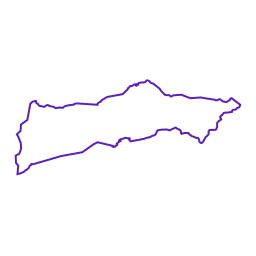 the district of Orica, Francisco Morazán, Honduras, rotated 91°
{"feature_id": "27666195B54094389197091", "entity_name": "Orica", "entity_type": "district", "adm_level": 2, "iso_a3": "HND", "parent_name": "Honduras", "parent_adm1": "Francisco Morazán", "projection": "equal_earth", "projection_center": [-86.954, 14.819], "detail": "fine", "context": "isolated", "style": "outline", "palette": "violet", "viewbox_px": 256, "rotation_deg": 91, "n_neighbors": 0, "source": "geoboundaries", "source_scale": "gbopen_adm2", "svg_char_len": 5692}
<svg xmlns="http://www.w3.org/2000/svg" viewBox="0 0 256 256"><g transform="rotate(91 128 128)"><path d="M176.0,237.7L175.9,237.3L175.4,235.5L175.3,234.9L175.2,234.6L174.6,233.4L173.6,231.3L172.8,230.5L172.0,229.7L171.8,229.4L171.5,228.6L171.4,228.4L171.1,228.0L169.9,226.8L167.4,225.4L167.2,225.2L166.9,224.6L166.5,224.2L166.3,224.1L165.7,224.0L165.6,223.9L165.6,223.7L165.7,223.3L165.9,222.7L165.8,222.0L157.3,194.7L153.0,173.2L144.8,162.0L142.8,158.1L145.9,143.9L146.1,143.3L146.2,142.8L146.4,142.3L146.6,142.1L146.7,142.3L146.9,142.5L147.0,142.6L147.2,142.0L147.2,141.3L147.0,140.8L145.9,139.9L145.6,139.2L145.4,138.7L145.2,138.5L144.9,138.4L144.2,138.9L143.9,138.9L143.7,138.7L143.2,138.2L142.7,137.5L142.5,137.1L142.3,137.0L141.8,137.0L141.6,136.8L141.5,136.6L141.2,135.5L141.2,135.4L141.0,135.5L140.9,135.8L140.9,136.2L140.8,136.6L140.7,136.7L139.6,135.7L139.4,135.4L139.3,135.0L139.4,134.5L139.3,134.1L139.0,133.3L138.6,132.6L138.1,131.2L137.9,130.4L137.9,130.0L137.9,129.6L138.3,128.4L138.4,127.8L138.5,127.6L138.7,127.3L138.6,127.1L138.3,126.8L138.2,126.6L138.2,126.4L138.4,126.1L138.7,126.0L138.9,126.0L139.6,126.4L139.8,126.4L140.0,126.4L140.2,126.2L141.1,125.5L141.2,125.3L141.3,124.9L140.0,119.1L140.0,118.6L139.8,117.7L139.6,116.5L139.1,114.8L138.8,112.9L138.5,111.9L138.2,110.9L137.4,108.9L137.1,107.3L136.6,105.5L136.2,105.0L135.8,104.4L135.3,103.2L135.2,102.5L134.8,101.9L134.4,100.8L133.9,100.4L133.1,99.9L131.9,99.4L130.2,98.6L130.0,98.4L129.8,98.1L129.6,97.7L129.5,97.2L129.5,96.4L129.3,95.6L129.0,93.7L129.0,92.0L128.9,90.2L128.8,89.3L128.9,88.7L129.2,87.6L129.7,86.5L129.7,86.4L129.4,85.7L128.8,84.7L127.3,81.7L126.8,80.8L126.7,80.6L126.8,80.2L127.8,78.9L128.4,77.5L128.7,76.6L128.9,76.3L129.5,75.6L129.9,75.3L130.3,75.1L131.0,75.0L131.6,75.0L131.9,74.9L132.6,74.6L132.8,74.3L132.9,74.2L132.3,72.6L132.1,71.7L131.9,71.3L132.0,69.9L131.9,67.9L132.0,67.7L132.1,67.4L132.5,67.0L133.0,66.8L133.3,66.5L133.8,65.9L134.0,65.3L134.2,65.0L134.9,64.4L135.0,64.2L135.4,62.9L135.6,62.0L135.7,61.5L136.8,59.5L136.8,58.9L136.7,57.8L136.8,57.6L137.0,57.4L138.0,57.0L139.3,56.6L139.8,56.5L140.8,56.0L141.4,55.4L141.7,54.6L141.8,54.4L141.7,54.2L141.5,53.9L141.2,53.3L140.1,52.5L139.4,52.1L138.3,51.5L137.6,51.1L137.0,51.0L135.6,50.1L135.2,49.5L134.6,48.8L133.7,48.0L133.0,47.4L132.7,47.3L132.3,47.2L131.3,47.4L130.3,47.4L130.1,47.3L129.7,47.0L128.7,46.6L128.5,46.1L128.4,45.2L128.4,42.4L128.4,41.5L128.3,41.0L128.3,40.7L128.1,40.2L127.9,39.9L127.7,39.7L127.4,39.6L126.8,39.5L125.5,38.9L123.7,38.9L122.0,39.0L121.5,38.9L121.1,38.8L120.6,38.4L119.6,37.5L119.2,37.0L118.2,35.4L117.8,35.0L117.6,34.9L117.4,35.0L116.1,35.9L115.6,36.1L115.3,36.1L114.9,35.9L113.7,34.7L113.3,34.1L111.8,33.0L111.4,32.6L111.3,32.4L111.1,31.9L111.0,31.4L110.8,29.1L110.7,27.9L110.7,27.0L110.3,26.1L110.2,25.3L110.2,24.7L110.1,24.3L109.9,24.2L108.8,24.1L108.4,23.7L108.1,23.3L108.0,23.1L107.9,22.8L107.9,21.6L107.8,21.1L107.1,20.0L106.5,19.6L106.1,19.2L105.9,18.8L105.5,17.4L104.0,16.5L102.8,16.2L97.5,23.4L96.8,24.4L96.4,24.8L96.4,25.1L96.7,25.8L96.9,26.1L97.2,26.4L97.5,26.3L97.9,26.5L98.1,26.6L98.5,27.1L99.0,27.9L99.6,28.7L100.2,29.7L100.4,30.0L100.5,30.4L100.3,31.1L100.0,31.8L100.0,32.1L100.0,32.4L100.0,32.7L100.0,33.0L99.9,33.3L98.8,34.9L97.9,36.0L97.7,36.5L97.7,37.1L97.8,37.8L98.6,39.3L98.7,39.8L98.8,40.2L98.7,40.5L98.6,41.1L98.2,42.0L98.1,42.6L98.0,43.7L97.5,46.8L97.4,48.3L96.2,55.8L97.1,66.3L93.8,75.3L94.6,83.4L95.4,84.5L95.6,84.9L95.7,85.5L95.6,86.0L95.3,86.2L95.0,86.6L94.6,87.3L94.4,87.8L94.5,89.1L94.4,90.1L94.2,91.7L92.5,93.3L91.4,94.5L89.9,95.9L88.0,97.1L87.6,97.8L86.7,98.9L85.3,100.8L84.3,102.2L83.6,102.9L83.4,103.2L83.2,103.7L82.8,105.0L82.6,105.7L82.0,106.6L81.6,106.9L81.1,107.1L80.9,107.3L80.2,108.8L80.1,109.3L80.0,109.6L80.1,110.1L80.4,110.6L80.7,110.8L81.7,111.4L81.9,111.7L82.1,113.2L82.2,113.9L82.3,115.7L82.4,116.2L82.6,117.3L82.8,118.0L83.1,118.4L83.4,118.6L83.7,118.7L84.5,118.6L84.5,118.8L84.4,119.0L84.1,119.1L84.1,119.9L84.1,120.0L85.4,120.1L85.5,120.2L85.6,120.3L85.6,120.6L85.4,120.8L84.7,121.0L84.4,121.2L84.2,121.4L84.2,121.7L84.3,122.0L84.4,122.4L85.5,124.1L85.8,124.7L86.0,125.4L86.0,126.4L86.2,126.8L86.4,127.0L87.3,127.4L87.6,127.7L87.9,128.0L88.1,128.4L88.2,128.8L88.3,128.9L88.6,129.0L89.3,129.0L89.7,129.1L90.3,130.0L90.8,130.4L91.6,131.5L91.9,131.6L94.2,133.8L97.3,149.2L100.8,155.0L101.2,155.1L101.7,155.2L101.9,155.3L102.7,157.0L103.6,158.3L103.8,158.5L104.2,158.8L104.7,158.9L105.3,158.9L104.3,179.5L104.4,180.1L104.6,181.4L104.7,181.9L105.1,182.2L105.3,182.3L105.5,182.5L105.7,183.0L105.8,183.3L105.7,184.0L106.0,185.4L106.0,186.0L106.3,186.9L106.3,187.3L106.3,187.7L106.3,187.9L106.4,188.3L106.8,189.4L106.9,190.0L107.0,190.6L107.1,190.9L107.5,191.9L107.7,192.2L108.8,193.3L108.9,193.5L108.9,193.9L108.9,195.5L108.8,196.1L108.7,196.3L108.6,196.6L108.7,196.8L109.0,197.3L109.0,197.5L108.9,197.8L108.9,198.2L109.2,199.2L109.2,199.5L109.4,200.1L109.4,200.5L109.4,200.9L109.2,201.3L109.0,201.5L108.4,202.2L108.2,202.6L107.9,203.6L107.8,205.0L107.7,205.4L107.5,205.8L107.6,206.2L107.6,206.7L107.4,207.0L107.0,207.4L106.7,207.8L106.6,208.1L106.5,208.6L106.5,208.9L106.5,209.2L106.8,210.0L107.3,210.8L108.0,211.5L108.2,212.0L108.2,212.6L108.2,213.1L107.8,214.4L107.6,215.8L107.5,216.7L107.3,217.2L107.1,217.5L106.0,218.1L105.1,219.0L104.9,219.8L104.3,220.2L102.5,220.6L102.7,221.3L102.9,221.7L103.0,222.3L103.3,223.8L103.5,224.2L104.8,225.2L105.0,225.5L105.2,226.0L121.7,228.8L126.4,235.1L129.9,235.2L132.7,235.4L133.1,235.7L133.8,236.4L134.8,237.6L136.3,239.0L137.8,238.0L140.8,236.6L142.1,236.2L144.7,235.0L150.5,234.5L150.8,234.6L154.8,235.9L155.6,236.3L157.6,239.8L164.7,239.4L167.6,237.1L176.0,237.7Z" fill="none" stroke="#5b21b6" stroke-width="2"/></g></svg>